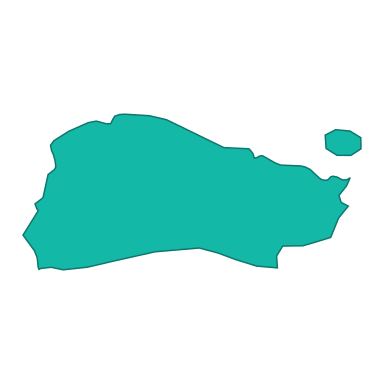 the border of Grand'Anse
{"feature_id": "HTI-1359", "entity_name": "Grand'Anse", "entity_type": "Department", "adm_level": 1, "iso_a3": "HTI", "parent_name": "Haiti", "parent_adm1": "", "projection": "robinson", "projection_center": [-74.06, 18.515], "detail": "fine", "context": "isolated", "style": "filled", "palette": "teal", "viewbox_px": 384, "rotation_deg": 0, "n_neighbors": 0, "source": "natural_earth", "source_scale": "10m", "svg_char_len": 1128}
<svg xmlns="http://www.w3.org/2000/svg" viewBox="0 0 384 384"><path d="M39.0,269.4L38.2,267.4L37.2,257.6L34.4,250.7L23.0,235.1L38.2,210.8L36.9,208.8L35.0,203.9L43.0,197.7L48.1,174.5L54.6,169.4L55.8,166.7L55.1,160.9L53.4,154.6L51.6,150.7L50.5,145.3L53.9,140.7L68.7,131.3L88.1,122.7L96.3,121.1L106.4,123.8L110.8,123.6L112.7,119.5L114.9,116.1L119.7,114.5L124.8,114.2L149.3,115.7L166.7,119.8L223.8,147.6L248.9,148.8L249.8,149.6L252.6,153.1L253.2,154.1L254.2,158.0L256.7,157.7L259.7,156.0L262.4,155.7L275.1,162.9L280.7,165.1L300.3,165.9L305.0,166.9L310.1,169.4L319.5,178.2L322.3,179.9L326.8,180.3L328.9,178.9L330.4,177.1L332.7,176.2L337.0,177.0L342.4,179.9L346.3,179.9L349.0,178.6L350.2,177.7L346.5,185.9L339.0,195.4L341.1,202.4L348.3,206.1L338.6,218.0L330.7,237.4L316.8,241.7L302.8,245.8L292.7,245.9L282.7,246.1L276.6,256.0L277.4,267.9L256.6,266.1L235.8,259.6L217.7,252.9L199.2,248.0L155.0,251.8L111.2,261.6L87.4,267.2L63.2,269.8L51.1,267.3L40.6,268.5L39.0,269.4ZM325.2,135.1L335.6,129.7L349.9,131.0L360.8,137.7L361.0,148.8L350.9,155.4L337.0,155.3L326.1,148.5L325.2,135.1Z" fill="#14b8a6" stroke="#0f766e" stroke-width="1.5"/></svg>